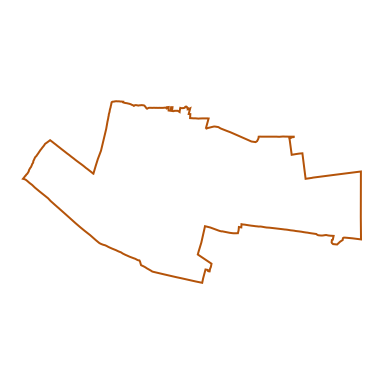 Botosesti-Paia, Dolj, Romania (orthographic projection)
{"feature_id": "2599482B11798370536777", "entity_name": "Botosesti-Paia", "entity_type": "district", "adm_level": 2, "iso_a3": "ROU", "parent_name": "Romania", "parent_adm1": "Dolj", "projection": "orthographic", "projection_center": [23.228, 44.408], "detail": "fine", "context": "isolated", "style": "outline", "palette": "amber", "viewbox_px": 384, "rotation_deg": 0, "n_neighbors": 0, "source": "geoboundaries", "source_scale": "gbopen_adm2", "svg_char_len": 5917}
<svg xmlns="http://www.w3.org/2000/svg" viewBox="0 0 384 384"><path d="M361.0,239.4L360.8,217.2L360.9,171.5L336.4,174.6L313.1,177.6L311.8,177.9L305.6,178.8L302.4,153.3L299.1,153.6L295.8,154.1L291.7,154.8L289.8,140.7L289.7,140.0L289.6,139.4L289.4,138.7L289.3,138.1L290.3,138.2L292.7,137.0L293.1,137.1L293.6,137.1L293.8,136.9L294.6,136.6L292.3,136.7L289.0,136.7L287.0,136.6L285.3,136.6L283.1,136.5L279.2,136.8L277.1,136.7L270.8,136.7L265.4,136.7L261.5,136.7L260.1,136.6L258.7,136.7L258.5,138.2L258.0,139.4L257.5,140.3L257.1,141.1L255.6,142.1L251.4,141.5L249.2,140.5L240.8,136.8L238.3,135.7L230.3,132.2L226.8,130.9L221.0,128.6L219.8,128.0L218.6,127.2L217.9,127.0L217.2,126.9L215.4,126.6L214.1,126.5L212.7,126.8L209.9,127.5L207.9,128.0L205.7,128.8L205.8,128.7L208.6,118.5L207.6,118.4L204.9,118.4L202.4,118.4L199.6,118.5L198.4,118.6L197.4,118.5L195.1,118.3L194.4,118.3L193.9,118.3L193.0,118.3L191.7,118.2L190.1,118.1L190.3,114.1L188.7,114.0L190.2,108.3L189.4,108.7L188.8,108.5L188.5,108.3L188.3,108.3L188.2,108.5L188.1,109.0L188.0,109.4L187.8,109.4L187.9,109.1L187.9,108.8L187.9,108.4L187.8,108.0L187.7,107.9L187.3,107.9L187.2,107.9L186.9,107.0L186.4,106.6L185.8,106.6L185.2,106.9L184.9,107.6L184.3,107.9L183.3,108.1L182.2,108.1L180.9,108.1L180.3,107.9L180.0,109.1L180.0,109.5L179.7,110.9L179.6,112.0L179.3,111.8L177.8,110.8L176.7,110.8L175.6,110.8L174.6,110.8L173.8,111.1L172.8,111.1L171.8,110.9L172.1,110.1L172.3,109.0L172.5,107.2L171.1,107.2L170.8,110.8L168.6,110.5L168.7,107.0L167.0,107.2L167.0,107.7L166.9,108.4L166.6,108.5L166.0,107.8L165.4,107.6L163.6,107.8L162.4,107.9L161.2,107.9L160.5,107.9L160.0,107.9L159.4,107.8L158.8,107.9L157.5,107.9L156.7,107.8L156.0,107.9L155.6,107.9L155.1,107.8L154.5,107.8L154.0,107.8L153.5,107.8L153.1,107.8L152.6,107.9L152.3,107.9L151.9,107.9L151.3,107.8L150.6,107.8L149.8,107.8L149.1,107.8L148.6,107.9L148.1,108.1L147.6,108.4L147.1,108.7L146.8,108.6L146.3,108.1L145.7,107.2L145.2,106.6L144.7,106.0L144.5,105.7L143.9,105.4L143.3,105.3L142.4,105.2L141.6,105.1L141.1,105.2L140.7,105.2L140.2,105.3L139.7,105.3L139.2,105.3L138.7,105.5L138.2,105.6L137.9,105.5L137.7,105.4L137.2,105.3L136.5,105.2L136.0,105.1L135.6,105.1L135.3,105.1L134.9,105.2L134.6,105.4L134.3,105.6L134.1,105.8L133.8,105.9L133.7,105.9L133.5,105.7L133.3,105.5L133.0,105.2L132.5,105.0L132.0,104.9L131.7,104.8L131.4,104.6L130.9,104.3L129.4,103.8L128.5,103.6L127.6,103.4L126.9,103.2L126.0,103.1L125.3,103.0L124.5,102.8L123.5,102.5L123.0,102.3L123.0,102.0L123.1,101.7L121.9,101.6L121.4,101.5L120.7,101.5L120.1,101.5L119.0,101.3L118.4,101.3L117.6,101.3L116.9,101.3L116.1,101.2L115.7,101.3L115.1,101.3L114.8,101.4L114.3,101.5L114.1,101.6L113.7,101.6L113.0,101.7L112.7,101.7L112.5,101.8L112.2,101.9L112.0,102.0L111.8,102.1L111.7,102.2L111.6,102.4L111.6,102.5L111.5,102.8L111.5,103.2L111.3,103.7L111.2,104.5L111.0,105.3L110.7,106.5L110.6,107.3L110.4,107.9L110.2,108.6L110.0,109.3L109.8,110.1L109.7,111.0L109.5,111.9L109.4,112.5L109.2,113.0L109.0,113.7L108.9,114.1L108.8,114.4L108.8,114.9L108.7,115.6L108.6,116.2L108.4,116.8L108.3,117.6L108.2,118.3L107.9,119.6L107.8,120.2L107.7,120.7L107.5,121.3L107.5,121.5L106.2,128.9L101.0,150.7L97.8,159.2L95.7,165.9L93.4,173.7L93.0,173.5L92.0,172.6L89.7,170.8L87.4,169.0L86.0,168.0L83.6,166.0L81.5,164.4L79.3,162.8L77.4,161.4L75.3,159.8L73.7,158.5L71.3,156.7L69.2,155.0L66.9,153.3L65.0,151.8L63.2,150.4L61.0,148.7L59.0,147.1L57.3,145.8L56.1,144.8L55.2,144.1L54.0,143.2L52.5,142.0L51.3,141.1L50.1,140.2L49.2,140.9L47.7,142.0L46.2,143.1L45.4,143.6L45.0,144.0L44.3,145.1L43.5,146.2L43.0,146.8L42.4,147.5L41.6,148.6L41.0,149.4L40.3,150.2L39.9,150.9L39.6,151.3L39.1,152.0L38.6,152.8L37.7,154.1L36.9,155.2L36.5,155.9L35.9,156.5L35.2,157.2L34.7,158.2L34.2,159.3L34.0,159.8L33.5,160.7L33.3,161.3L33.2,161.9L33.2,162.4L33.0,162.9L32.6,163.4L32.3,163.8L32.1,164.4L31.7,165.4L31.5,165.8L31.1,166.8L30.7,167.4L30.2,168.0L29.9,168.5L29.7,168.9L29.6,169.1L29.2,169.7L28.9,170.5L28.7,171.5L28.1,172.4L27.4,173.6L26.8,174.2L26.3,174.6L26.0,175.1L25.7,175.6L25.3,175.9L25.0,176.2L24.6,176.8L23.5,178.2L23.0,178.8L24.8,179.3L25.8,179.8L27.2,180.9L29.6,183.0L32.1,184.9L34.9,187.6L39.6,191.5L42.6,193.9L48.1,198.3L49.4,199.7L50.6,201.0L55.2,205.1L62.7,211.7L67.2,215.7L75.1,222.8L80.1,227.1L84.6,230.8L90.1,235.1L96.0,240.3L99.4,243.1L101.2,244.0L103.3,244.8L104.9,245.2L106.5,245.9L108.5,247.0L112.3,248.7L115.8,250.1L118.5,251.4L121.1,252.4L122.7,253.5L125.5,254.9L126.7,255.4L129.6,256.7L133.8,258.3L134.8,258.6L136.0,259.2L137.1,259.8L138.0,260.2L138.8,260.4L139.4,260.4L139.6,260.8L139.7,261.0L140.0,261.4L140.2,262.2L140.7,264.0L141.1,265.2L143.7,266.4L145.5,267.4L146.8,268.3L149.3,269.7L150.5,270.4L151.2,270.8L152.2,271.5L153.2,271.8L164.2,274.4L176.4,277.2L180.7,278.1L195.4,281.4L202.2,282.8L203.1,278.5L205.5,269.5L207.7,269.9L207.8,270.8L208.2,271.1L209.1,271.4L209.6,271.4L210.0,269.0L210.4,268.0L210.6,267.6L210.9,266.8L211.5,263.7L197.8,254.5L198.7,251.2L201.3,242.7L204.5,228.5L205.0,226.2L210.3,227.5L218.7,230.6L219.9,231.0L221.6,231.4L222.1,231.3L228.1,232.5L229.6,232.8L232.7,233.2L234.2,233.3L237.9,233.2L238.6,230.2L238.9,227.0L241.3,227.4L241.5,224.2L243.0,224.5L244.4,224.6L245.1,224.7L247.5,225.1L249.4,225.4L251.5,225.7L253.3,225.9L255.4,226.2L256.5,226.3L257.0,226.3L258.0,226.5L258.7,226.5L259.4,226.5L260.2,226.5L261.2,226.6L262.4,226.8L264.6,227.2L266.5,227.5L269.6,227.7L275.7,228.4L278.2,228.7L280.8,229.0L283.3,229.3L284.8,229.5L285.3,229.5L287.7,229.8L291.2,230.4L291.7,230.4L294.2,230.7L295.1,230.9L295.7,231.0L299.0,231.4L301.3,231.7L304.0,232.2L304.8,232.3L306.0,232.5L307.2,232.6L310.0,233.1L312.7,233.5L316.3,234.0L317.1,234.7L318.1,235.2L318.7,235.3L319.5,235.4L320.8,235.5L322.5,235.5L323.4,235.4L324.6,235.2L326.1,235.0L328.4,235.5L330.3,235.7L333.6,235.9L332.8,239.7L331.9,240.0L331.6,242.3L331.9,243.0L333.1,244.1L337.1,244.5L340.1,241.7L342.7,240.0L342.9,238.2L343.9,237.6L345.9,237.7L352.3,238.3L361.0,239.4Z" fill="none" stroke="#b45309" stroke-width="2"/></svg>